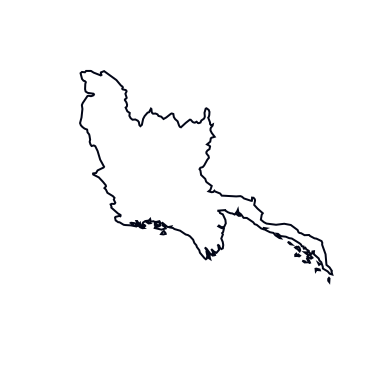 Myanmar, Albers equal-area conic projection, rotated 312°
{"feature_id": "MMR", "entity_name": "Myanmar", "entity_type": "country or territory", "adm_level": 0, "iso_a3": "MMR", "parent_name": "Asia", "parent_adm1": "", "projection": "albers", "projection_center": [96.922, 19.196], "detail": "fine", "context": "isolated", "style": "outline", "palette": "ink", "viewbox_px": 384, "rotation_deg": 312, "n_neighbors": 0, "source": "natural_earth", "source_scale": "50m", "svg_char_len": 6116}
<svg xmlns="http://www.w3.org/2000/svg" viewBox="0 0 384 384"><g transform="rotate(312 192 192)"><path d="M248.2,171.9L245.4,170.2L244.4,170.1L241.6,171.9L237.4,171.3L238.1,174.3L237.9,175.0L235.5,176.3L233.2,175.7L231.2,176.0L230.3,177.0L229.8,180.2L228.7,181.7L226.2,181.8L219.8,183.3L217.7,183.3L215.6,182.0L214.0,182.3L213.6,183.9L210.8,187.3L210.6,193.1L209.2,195.5L209.1,196.6L209.7,202.6L206.0,204.2L203.6,203.9L204.9,206.6L206.1,207.7L207.9,207.8L207.7,208.4L209.7,214.0L209.2,216.5L218.3,227.8L221.3,230.7L221.9,232.2L222.0,235.0L225.1,242.0L225.6,242.4L228.0,240.4L228.9,241.6L228.6,243.6L227.8,244.6L224.0,246.9L223.5,251.8L223.6,258.8L221.8,259.0L217.5,261.7L217.7,265.7L218.4,268.5L223.9,276.4L230.1,281.8L233.6,287.5L234.4,295.9L233.3,298.2L233.6,299.5L234.4,300.7L235.2,304.5L238.4,307.8L238.3,309.1L239.5,314.0L240.6,315.7L242.2,321.1L241.5,322.7L239.9,324.0L235.1,332.9L227.8,340.7L228.0,344.7L226.9,348.8L226.1,349.0L224.5,351.5L223.4,349.0L223.8,346.0L222.7,340.5L223.9,339.3L226.3,335.0L226.4,332.5L227.4,330.6L227.3,324.5L228.2,323.3L229.6,322.3L228.4,321.3L226.5,322.4L225.5,322.0L225.6,319.0L226.4,318.2L225.9,315.3L226.4,313.6L224.8,313.2L225.1,312.3L226.1,311.4L225.2,309.8L225.9,308.1L225.8,306.0L224.2,297.3L222.7,295.0L221.6,291.7L218.6,287.4L218.4,283.9L217.8,283.1L217.0,288.9L216.3,287.8L215.6,283.0L216.1,279.9L214.3,276.9L212.8,271.4L213.1,270.6L214.6,271.4L213.3,269.4L212.1,269.9L211.2,267.8L210.9,262.1L210.0,260.0L210.5,257.8L209.4,250.1L207.3,247.6L208.2,243.5L208.0,239.9L209.6,237.9L207.8,238.5L203.8,238.8L203.0,236.2L202.0,234.9L201.0,232.3L200.5,229.3L200.8,228.8L195.1,223.4L196.0,225.1L195.1,226.9L196.0,229.9L193.6,235.5L191.3,238.1L188.1,239.1L187.0,238.8L185.6,237.5L185.1,234.5L184.1,234.5L184.9,238.0L186.3,240.1L183.1,241.9L181.6,241.9L181.1,243.4L177.0,244.9L175.5,248.2L173.5,250.7L170.7,252.6L169.2,252.0L169.3,249.9L170.3,248.1L170.0,246.1L169.8,247.2L167.1,250.8L163.2,250.9L162.4,248.1L162.5,244.5L161.7,247.1L160.9,248.2L158.6,249.3L158.4,246.5L159.6,240.7L159.4,238.7L158.7,241.8L157.4,242.6L154.9,246.0L152.5,247.5L151.3,247.3L151.2,245.4L152.2,238.5L153.6,236.4L154.4,232.4L155.3,230.9L155.7,227.8L157.3,224.8L157.7,220.2L157.3,217.9L156.2,215.7L155.3,209.1L152.7,203.7L152.5,201.9L151.2,199.8L152.4,199.6L149.9,197.7L149.6,196.9L149.3,190.0L148.5,191.9L147.5,192.5L147.9,195.1L147.3,196.8L143.6,194.5L140.3,188.4L141.7,187.9L144.1,190.3L145.7,190.8L147.9,189.3L148.5,187.3L146.0,185.6L144.9,184.3L144.4,182.8L142.3,181.3L143.9,179.0L141.9,179.0L139.1,176.7L136.6,176.1L135.0,176.6L135.7,179.1L135.5,179.9L134.5,179.8L132.5,175.9L134.1,174.1L132.8,174.0L133.7,170.6L133.2,170.1L132.4,172.2L130.6,174.5L129.2,173.4L130.8,171.2L130.2,169.9L128.4,167.3L128.0,167.2L128.3,169.2L128.1,171.9L126.3,168.9L122.7,164.4L121.9,163.1L121.0,158.4L120.2,157.4L119.8,154.3L121.4,152.0L122.3,151.8L125.6,154.0L126.0,155.0L126.5,154.9L127.1,154.2L126.5,151.4L126.4,142.5L127.3,141.9L128.3,139.8L129.6,140.3L130.9,142.0L131.8,142.4L132.7,142.2L134.0,139.0L135.8,138.3L136.0,136.0L134.8,129.7L136.2,126.4L136.3,124.3L138.6,124.3L139.3,123.4L140.0,119.0L140.5,113.0L138.9,107.0L139.2,106.3L139.7,106.1L141.9,108.0L144.9,107.4L151.0,109.9L151.9,109.8L154.6,102.1L159.3,94.4L161.3,89.5L160.9,87.9L159.0,86.6L159.4,84.8L160.8,82.4L162.7,81.3L165.2,78.2L166.0,77.0L166.4,74.5L168.2,72.3L167.2,69.7L167.0,67.0L167.2,64.8L168.3,62.7L173.5,60.0L180.4,55.0L182.9,52.0L184.9,51.3L193.3,50.1L194.3,50.7L195.6,52.8L196.7,53.5L198.0,54.1L199.0,53.8L199.1,53.0L195.9,48.2L195.5,45.7L196.9,43.7L200.9,40.4L202.6,39.6L202.7,38.0L202.1,37.0L202.4,34.7L205.7,29.7L207.6,29.9L209.3,32.3L211.1,32.3L214.4,36.0L214.9,39.0L217.6,46.2L218.4,46.4L219.3,44.7L219.9,44.3L223.0,45.8L224.6,60.9L223.6,67.9L223.8,69.8L223.5,70.6L222.0,71.1L221.9,71.8L223.4,74.5L223.4,75.4L222.9,76.1L220.4,76.8L218.4,80.3L217.8,80.6L215.9,80.2L215.4,80.6L214.7,83.3L213.4,85.4L211.9,86.4L210.3,86.2L208.7,90.0L209.1,92.8L206.7,94.5L205.8,97.0L205.9,99.4L208.0,101.4L208.7,104.0L208.4,105.7L206.5,108.2L206.4,109.6L208.4,109.8L213.6,106.8L216.7,106.0L221.2,105.9L222.6,106.7L226.5,105.7L226.5,106.3L224.5,108.5L224.1,109.5L224.1,110.6L225.9,112.4L226.6,114.4L226.1,116.2L227.4,118.7L227.2,122.0L230.2,123.0L236.0,124.0L236.8,124.4L237.5,125.9L235.6,128.3L234.9,130.6L234.9,134.0L232.8,137.8L232.3,139.3L232.7,140.5L239.1,141.1L244.3,142.0L244.8,142.7L244.5,145.7L244.8,146.7L245.4,147.7L247.3,148.4L247.2,150.2L247.7,151.0L249.3,151.8L251.4,151.1L254.4,151.8L255.5,151.6L256.7,151.0L259.2,148.3L263.1,146.4L263.9,146.8L264.2,149.4L263.2,151.4L260.8,153.3L259.1,154.2L258.1,154.3L255.8,158.8L254.6,160.0L254.4,161.2L254.9,161.9L256.1,162.3L255.1,162.9L252.6,163.0L251.3,163.5L250.1,164.6L249.1,167.1L248.2,171.9ZM144.0,185.2L147.7,187.5L146.9,189.2L145.5,189.8L144.6,189.3L144.2,187.7L142.8,186.3L144.0,185.2ZM221.6,307.1L222.5,307.6L222.4,309.3L221.1,311.4L219.9,311.7L220.2,308.6L219.7,306.9L219.8,305.7L221.3,306.3L221.6,307.1ZM143.3,200.5L141.3,199.1L140.0,197.2L142.2,196.9L144.2,197.3L143.7,199.9L143.3,200.5ZM224.1,321.9L223.7,325.5L222.1,325.0L221.1,321.1L223.6,320.9L224.1,321.9ZM155.5,248.6L154.4,250.3L154.0,247.7L157.6,244.1L157.9,245.2L157.0,247.3L155.5,248.6ZM207.1,243.5L206.5,243.7L205.5,242.6L205.3,239.8L206.5,239.1L207.1,239.4L207.5,240.4L207.1,243.5ZM219.5,324.6L218.4,327.0L217.9,326.7L218.1,325.1L219.8,321.3L219.5,324.6ZM218.3,335.7L219.8,338.7L219.4,339.4L217.4,336.7L216.1,336.9L217.6,335.2L218.3,335.7ZM225.0,318.2L222.7,319.2L222.5,316.0L223.6,317.4L225.0,318.2ZM219.7,352.1L216.9,354.3L217.2,352.6L218.6,351.4L219.8,351.3L219.7,352.1ZM131.8,176.4L132.8,180.2L132.0,179.5L131.1,177.2L131.1,175.7L131.8,176.4ZM219.8,298.4L219.8,301.3L218.9,299.9L219.0,296.6L219.8,298.4ZM140.4,179.3L140.7,181.7L139.6,180.8L139.2,178.2L140.4,179.3ZM216.9,314.9L215.9,314.7L215.2,313.5L215.8,312.5L216.7,312.7L216.9,314.9ZM215.7,310.8L214.6,312.7L213.5,311.6L214.4,310.7L215.7,310.8ZM216.0,322.2L216.1,323.9L215.0,322.8L214.8,320.0L216.0,322.2ZM161.5,249.6L160.6,251.3L159.7,250.8L161.3,248.9L161.5,249.6ZM224.0,335.5L222.9,335.2L223.7,333.3L224.0,335.5Z" fill="none" stroke="#020617" stroke-width="2"/></g></svg>